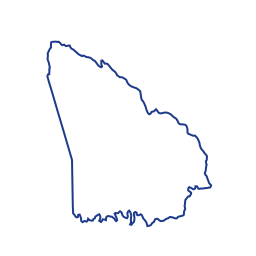 outline of Ribeirão do Largo, Bahia, Brazil, rotated 168°
{"feature_id": "56859067B83066818990212", "entity_name": "Ribeirão do Largo", "entity_type": "district", "adm_level": 2, "iso_a3": "BRA", "parent_name": "Brazil", "parent_adm1": "Bahia", "projection": "equal_earth", "projection_center": [-40.683, -15.459], "detail": "fine", "context": "isolated", "style": "outline", "palette": "blue", "viewbox_px": 256, "rotation_deg": 168, "n_neighbors": 0, "source": "geoboundaries", "source_scale": "gbopen_adm2", "svg_char_len": 4025}
<svg xmlns="http://www.w3.org/2000/svg" viewBox="0 0 256 256"><g transform="rotate(168 128 128)"><path d="M185.4,227.7L185.8,226.1L186.3,224.8L186.5,222.9L188.0,221.6L189.3,220.0L190.1,218.9L191.1,217.5L191.3,215.2L191.8,213.9L192.3,212.4L192.2,210.4L191.9,208.7L191.9,206.5L191.9,205.0L191.9,203.3L192.9,201.7L192.9,200.3L193.4,199.0L193.8,197.0L195.2,197.0L196.1,195.4L195.8,190.0L195.2,183.3L194.4,173.1L193.2,157.2L192.0,142.5L189.4,108.4L198.3,62.7L199.4,55.8L198.4,54.1L197.8,52.4L197.0,51.3L195.6,51.3L194.7,53.4L193.3,53.4L192.9,51.3L192.7,49.2L193.0,48.0L192.9,46.4L192.0,45.3L191.0,45.7L190.0,46.1L189.0,45.7L187.9,45.0L186.7,45.9L185.9,47.5L184.8,45.9L183.1,45.0L181.6,44.8L180.7,46.2L179.3,46.5L178.5,48.0L176.8,48.8L175.6,49.2L174.1,49.6L173.5,47.7L173.7,46.1L174.4,44.4L175.5,43.2L173.9,41.7L172.7,42.7L171.7,43.9L169.9,43.3L168.7,42.5L168.1,44.7L167.3,45.7L166.3,46.0L164.9,45.8L163.7,45.0L162.3,44.7L161.2,43.4L160.2,42.2L159.8,40.8L159.0,39.4L157.8,40.0L157.8,41.6L158.0,43.0L158.4,44.8L158.9,47.0L157.8,47.5L156.7,46.9L155.3,46.8L154.4,47.5L153.1,48.2L151.8,46.7L151.7,45.0L151.4,43.5L150.9,42.4L149.8,41.3L148.8,40.5L147.6,40.0L146.5,41.5L146.5,43.0L146.3,45.0L145.1,46.4L144.0,46.9L143.3,45.2L143.0,43.2L143.0,41.6L143.5,40.3L144.2,38.0L144.4,36.4L144.8,34.8L146.0,33.2L144.8,32.6L144.0,33.3L143.0,34.2L141.9,34.7L141.1,36.2L140.4,38.6L140.2,40.9L140.2,42.5L139.6,43.9L138.1,44.3L137.1,43.2L137.5,41.5L136.7,40.7L135.3,40.4L133.6,41.0L132.7,40.2L132.3,38.6L131.9,36.4L130.8,34.5L130.1,32.9L129.7,31.7L129.5,30.2L129.4,28.0L128.0,28.0L126.9,28.0L125.5,28.5L124.6,29.6L123.3,30.4L122.3,30.6L121.1,32.2L120.3,33.2L119.2,33.3L117.8,32.9L116.5,31.1L115.1,30.0L113.8,30.0L112.3,29.9L110.8,30.6L109.7,31.1L108.5,31.3L107.5,31.4L106.5,31.8L105.4,32.3L104.3,31.8L103.2,31.4L102.0,30.7L100.8,29.9L99.8,29.5L98.7,29.7L97.7,30.6L96.3,30.9L95.0,30.7L93.9,30.9L92.8,30.9L91.4,31.5L90.8,33.9L89.8,35.8L88.9,36.9L88.8,38.5L88.9,39.8L88.4,41.1L87.9,42.4L87.3,44.5L86.6,46.0L85.3,46.9L84.4,47.7L83.3,48.6L82.0,48.3L80.9,49.5L80.1,50.2L79.7,51.7L81.2,53.3L82.1,54.4L81.7,56.3L80.3,57.4L78.3,55.9L76.9,54.5L75.4,54.6L74.6,55.5L74.1,57.0L72.5,56.4L72.0,54.3L70.9,53.6L69.5,53.7L67.8,53.3L66.5,53.1L65.2,53.3L63.9,52.9L62.7,52.9L61.8,52.9L60.8,52.7L59.7,52.9L58.6,54.7L59.3,55.9L60.2,57.4L60.4,59.8L60.8,61.7L60.9,63.2L61.2,64.8L62.1,66.3L62.3,67.9L61.1,69.6L60.4,71.4L60.0,72.9L59.3,74.5L58.7,75.9L58.9,77.2L58.7,79.4L57.6,80.4L57.2,82.0L56.6,84.0L57.5,86.2L58.5,87.7L59.1,89.5L60.1,91.2L60.9,93.0L61.2,94.9L61.3,96.6L61.2,98.6L61.5,100.5L61.9,102.5L62.5,104.0L63.1,105.1L64.0,106.6L66.1,107.0L67.4,107.9L68.8,108.9L70.3,109.9L70.8,111.3L70.1,114.2L70.1,116.0L70.4,117.9L71.1,119.0L72.3,119.7L74.7,120.4L76.1,120.8L77.1,121.6L77.7,122.8L78.1,125.0L78.8,126.9L79.8,128.0L80.8,129.0L81.7,130.0L82.6,131.6L84.6,133.6L86.8,135.0L88.5,135.4L89.8,135.5L92.1,135.4L93.7,135.7L94.7,136.4L95.4,137.7L95.9,139.1L96.7,140.5L98.3,139.4L99.5,138.9L100.8,138.9L101.8,138.7L102.7,137.5L104.3,137.0L105.3,138.2L105.9,140.5L106.2,142.2L106.3,144.7L106.7,146.9L107.1,149.0L107.8,151.2L108.7,152.7L108.8,154.5L108.7,156.4L108.5,159.5L108.4,161.4L109.3,162.7L110.6,164.2L111.6,165.2L113.1,166.1L114.1,166.7L115.7,167.7L116.9,168.9L118.1,170.3L119.1,172.3L119.4,174.0L119.9,175.8L121.3,177.1L122.5,178.3L123.9,179.1L125.3,179.3L126.6,180.7L127.7,181.8L128.2,183.9L128.9,185.5L130.1,186.9L131.2,188.3L132.1,189.8L133.0,191.8L134.7,194.9L136.0,195.6L137.4,195.8L138.2,197.9L139.0,199.4L140.1,199.4L140.5,197.5L140.9,195.8L140.5,193.8L141.3,193.0L142.2,193.3L143.1,194.2L144.1,195.4L144.8,196.9L145.7,199.0L146.5,200.5L147.8,201.5L149.2,203.4L150.3,204.5L152.0,205.4L153.8,206.0L155.6,207.4L156.8,208.2L158.0,207.8L159.5,209.2L160.9,210.2L161.9,211.7L162.9,213.0L163.9,214.4L165.2,216.1L166.6,217.2L167.6,218.8L167.8,220.7L168.8,221.0L170.4,220.9L171.8,221.1L173.2,222.8L175.1,222.7L176.0,223.7L176.8,225.4L177.9,226.8L179.2,226.8L180.5,227.5L181.8,227.6L183.0,227.9L184.3,228.0L185.4,227.7Z" fill="none" stroke="#1e3a8a" stroke-width="2"/></g></svg>